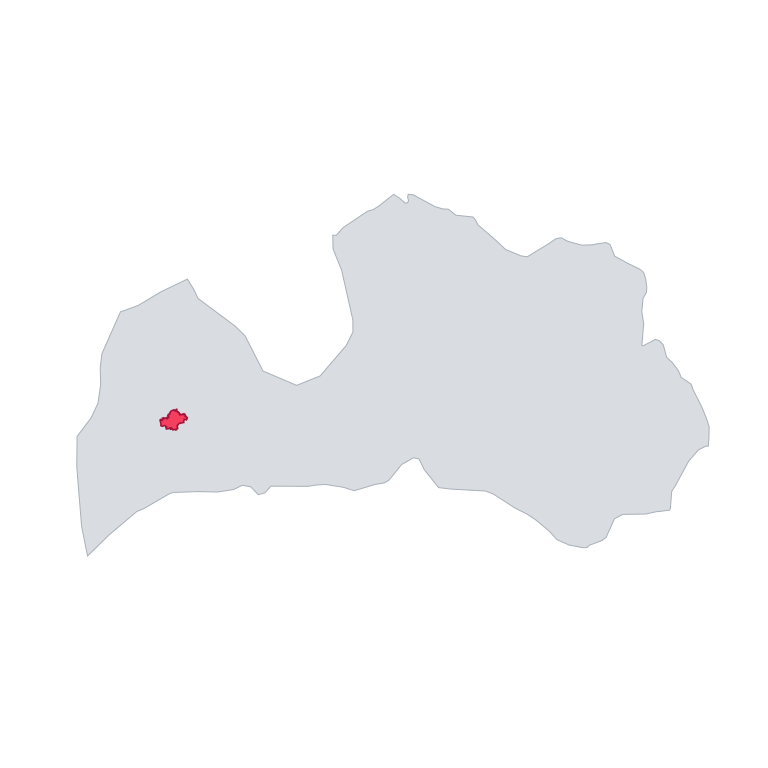 Vārmes pag., Kuldigas, Latvia (highlighted), rotated 353°
{"feature_id": "27541924B31224104965388", "entity_name": "Vārmes pag.", "entity_type": "district", "adm_level": 2, "iso_a3": "LVA", "parent_name": "Latvia", "parent_adm1": "Kuldigas", "projection": "orthographic", "projection_center": [22.227, 56.858], "detail": "fine", "context": "in_parent", "style": "filled", "palette": "rose", "viewbox_px": 768, "rotation_deg": 353, "n_neighbors": 0, "source": "geoboundaries", "source_scale": "gbopen_adm2", "svg_char_len": 5314}
<svg xmlns="http://www.w3.org/2000/svg" viewBox="0 0 768 768"><g transform="rotate(353 384 384)"><path d="M565.7,571.1L561.1,570.6L548.1,566.4L536.9,559.7L530.0,550.2L518.1,537.4L510.5,530.9L498.7,522.9L478.8,506.3L471.8,502.6L437.9,496.5L425.6,493.5L413.6,474.1L409.6,462.6L404.1,460.8L398.2,463.4L391.8,466.0L377.2,480.1L372.4,482.2L363.0,482.6L341.3,486.3L331.2,481.6L313.8,476.6L304.4,476.0L296.1,476.3L259.2,471.6L252.6,477.5L245.8,478.6L239.1,469.7L230.9,467.3L221.9,470.4L205.5,470.9L186.0,468.1L161.2,465.9L157.5,466.8L129.9,478.6L123.1,480.4L92.9,500.2L68.8,518.6L66.5,488.5L69.0,428.4L73.0,398.6L89.5,381.5L97.8,368.1L102.7,350.1L104.3,333.4L107.7,319.6L131.2,280.3L149.5,276.1L174.1,265.2L201.6,255.9L207.0,267.6L209.8,276.4L243.4,308.5L252.0,319.3L265.5,356.4L297.1,374.7L321.6,368.2L332.0,358.7L351.1,341.3L359.5,328.6L360.9,316.6L355.8,265.7L349.9,243.8L351.3,230.0L354.7,230.6L362.6,223.7L388.9,210.4L394.3,209.7L400.3,206.9L416.7,196.9L422.3,201.6L427.1,207.1L429.6,207.0L430.7,204.9L430.2,201.3L431.2,198.6L436.1,199.8L456.4,214.3L464.1,217.5L469.2,218.3L475.8,225.2L492.7,229.1L495.0,232.7L496.5,237.3L513.3,255.9L521.0,265.3L535.5,273.5L541.6,275.2L565.5,264.4L572.1,260.8L577.7,260.4L583.8,264.8L597.3,270.3L609.4,271.4L611.5,270.9L621.6,270.7L625.3,273.0L628.6,285.3L640.9,294.1L652.1,301.4L655.2,304.9L656.6,312.1L656.6,320.6L655.6,325.1L651.6,330.5L648.7,343.6L649.1,355.8L644.6,377.3L646.0,377.6L658.8,372.8L662.6,374.6L665.9,379.0L667.9,392.2L672.7,397.7L677.8,406.6L679.8,413.7L688.9,421.6L690.0,427.1L696.9,446.3L699.8,457.5L701.5,466.1L699.9,477.5L698.3,485.2L695.6,485.0L688.2,487.6L677.0,497.7L660.8,520.5L656.5,525.6L653.1,542.3L652.1,544.0L641.6,544.1L638.7,543.9L628.2,545.0L605.0,542.5L596.3,545.9L585.8,563.2L581.4,565.9L568.0,569.1L565.7,571.1Z" fill="#d9dde1" stroke="#a8b0b8" stroke-width="1"/><path d="M176.8,387.1L176.5,387.2L176.3,387.3L176.2,387.2L176.2,386.4L175.4,386.4L175.2,383.8L174.7,383.9L174.5,384.0L174.3,384.3L174.1,384.4L174.0,384.5L174.0,385.0L173.9,385.2L173.7,385.4L173.3,385.4L173.1,384.8L173.2,384.6L172.9,384.6L172.5,384.5L172.4,384.9L172.3,384.0L171.3,384.3L171.2,384.3L170.7,384.4L170.6,384.5L169.8,384.8L169.4,384.9L169.1,385.1L168.9,385.1L168.7,385.3L168.6,385.5L168.4,386.0L168.5,386.4L168.4,386.5L168.2,386.5L168.0,386.8L167.9,386.8L167.8,387.0L167.8,387.3L167.6,387.2L167.6,387.3L167.5,387.6L167.3,387.7L167.2,387.5L167.2,387.8L166.9,387.9L166.7,387.8L166.4,387.9L166.4,388.0L166.2,388.1L166.2,388.3L166.1,388.2L166.0,388.3L165.9,388.4L165.7,388.5L165.6,388.8L165.8,388.9L165.9,389.0L165.7,389.1L165.8,389.3L165.7,389.3L165.6,389.5L165.7,389.4L165.8,389.4L165.8,389.5L166.0,389.7L166.0,389.9L165.9,390.2L165.9,390.3L166.0,390.5L166.3,390.9L166.1,391.1L165.8,391.2L165.6,391.3L165.1,391.0L165.1,390.6L165.1,390.4L164.5,390.6L164.4,391.0L164.4,391.4L164.4,391.6L164.3,392.1L163.9,391.9L164.0,391.2L163.5,391.1L163.2,391.3L162.7,391.3L162.3,391.4L162.2,391.4L162.1,391.1L161.9,391.1L161.8,390.9L161.7,390.9L161.6,391.0L161.4,391.0L161.2,390.8L161.1,391.0L160.9,391.1L160.7,391.1L160.5,390.9L160.4,390.8L160.2,390.8L159.9,390.8L159.9,391.0L160.0,391.3L160.1,391.5L160.3,391.9L160.4,392.1L160.2,392.4L159.9,392.7L159.6,392.8L159.3,393.0L159.1,393.0L158.9,393.0L158.8,392.9L158.7,392.9L158.6,392.7L158.6,392.4L158.6,392.2L158.4,392.0L158.3,391.9L158.1,391.9L157.8,391.9L157.5,392.2L157.4,392.3L157.3,392.6L157.3,393.0L157.3,393.3L157.5,393.5L157.6,393.8L157.5,394.1L157.4,394.2L157.5,394.6L157.5,394.9L157.6,395.4L157.7,396.1L157.7,396.4L157.7,396.5L157.7,396.9L157.6,397.0L157.7,397.3L157.6,397.6L157.5,397.8L157.5,398.3L158.9,399.0L160.9,398.5L161.3,398.5L161.8,399.1L162.1,399.5L162.1,399.9L162.6,399.8L163.0,399.8L162.9,400.5L162.6,400.9L162.4,401.4L162.4,401.5L162.3,401.8L162.5,402.2L163.0,402.2L163.7,402.0L164.5,402.1L165.8,402.0L165.8,401.8L165.9,401.6L166.4,401.6L166.8,401.6L166.7,401.7L166.6,402.9L167.9,402.9L168.2,402.8L168.4,402.6L168.5,402.6L168.6,403.7L168.9,403.7L169.2,403.8L169.5,403.8L170.2,403.5L171.0,403.9L171.3,403.7L171.5,404.0L171.7,404.3L172.6,404.1L172.7,403.7L172.8,403.7L173.4,403.2L173.9,402.9L174.0,402.5L173.4,402.1L173.8,400.6L173.7,399.8L174.6,399.4L174.9,399.4L175.0,398.9L175.5,398.5L175.5,398.4L176.8,397.8L177.2,397.9L177.5,397.9L177.5,398.0L177.7,397.9L178.1,398.0L178.8,398.1L179.6,397.9L180.1,397.7L180.6,397.8L180.6,397.5L180.5,396.9L180.7,396.4L181.1,396.0L181.2,395.4L181.4,394.6L181.7,394.8L182.0,394.8L183.2,395.3L183.3,395.3L183.5,395.5L183.6,395.3L184.0,395.1L184.1,394.8L184.2,394.4L184.4,394.1L184.2,394.1L184.6,393.3L184.2,392.8L184.0,392.6L183.8,392.5L183.6,392.3L183.3,392.1L183.0,392.0L182.8,391.9L182.7,391.8L183.1,391.6L182.8,391.4L183.0,391.1L183.1,390.9L183.0,390.7L182.9,390.5L182.8,390.4L182.7,390.3L182.8,390.1L182.7,390.0L182.7,389.9L182.6,389.6L182.3,389.6L182.3,389.8L182.1,389.8L181.8,389.8L181.7,390.0L181.7,389.7L181.7,389.4L181.4,389.5L181.4,389.8L181.1,389.9L181.0,389.7L180.9,389.4L180.7,389.3L180.7,389.2L180.4,389.3L180.5,389.5L180.4,389.6L180.2,389.6L179.9,389.7L179.9,389.8L179.7,389.9L179.4,389.8L179.1,389.9L178.9,389.9L178.9,389.7L178.7,389.7L178.6,389.4L178.4,389.2L178.0,389.4L177.9,389.4L177.9,389.5L177.7,389.5L177.4,389.6L177.3,389.3L177.2,389.2L177.3,388.8L177.4,388.5L177.4,388.2L177.4,387.8L176.8,387.1Z" fill="#f43f5e" stroke="#9f1239" stroke-width="1.5"/></g></svg>